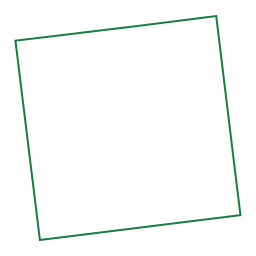 Barton, Kansas, United States of America, rotated 263°
{"feature_id": "52423323B76483711155183", "entity_name": "Barton", "entity_type": "district", "adm_level": 2, "iso_a3": "USA", "parent_name": "United States of America", "parent_adm1": "Kansas", "projection": "mercator", "projection_center": [-98.777, 38.479], "detail": "fine", "context": "isolated", "style": "outline", "palette": "green", "viewbox_px": 256, "rotation_deg": 263, "n_neighbors": 0, "source": "geoboundaries", "source_scale": "gbopen_adm2", "svg_char_len": 312}
<svg xmlns="http://www.w3.org/2000/svg" viewBox="0 0 256 256"><g transform="rotate(263 128 128)"><path d="M27.8,188.6L27.8,229.0L31.4,229.0L67.9,229.0L71.3,229.0L148.2,229.1L228.4,229.2L228.1,148.6L228.2,108.2L228.4,26.8L226.2,26.9L27.6,26.9L27.8,188.6Z" fill="none" stroke="#15803d" stroke-width="2"/></g></svg>